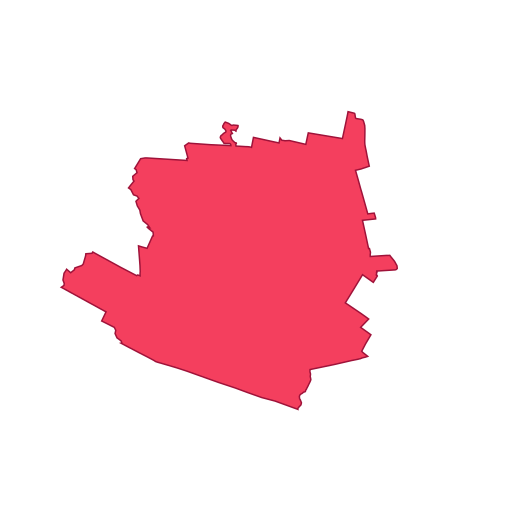 Recea, Arges, Romania (Robinson projection), rotated 50°
{"feature_id": "2599482B23278439531937", "entity_name": "Recea", "entity_type": "district", "adm_level": 2, "iso_a3": "ROU", "parent_name": "Romania", "parent_adm1": "Arges", "projection": "robinson", "projection_center": [25.033, 44.555], "detail": "fine", "context": "isolated", "style": "filled", "palette": "rose", "viewbox_px": 512, "rotation_deg": 50, "n_neighbors": 0, "source": "geoboundaries", "source_scale": "gbopen_adm2", "svg_char_len": 4416}
<svg xmlns="http://www.w3.org/2000/svg" viewBox="0 0 512 512"><g transform="rotate(50 256 256)"><path d="M399.3,320.2L399.2,319.5L399.2,319.4L399.0,317.4L398.2,316.2L397.6,315.5L397.0,315.3L394.5,314.5L393.5,314.4L393.2,314.2L392.8,314.0L391.4,313.0L391.2,312.6L390.9,312.2L390.6,311.2L390.6,310.6L390.9,308.9L390.9,308.1L390.9,307.0L391.5,305.8L391.5,305.3L391.4,305.1L390.6,303.9L390.5,303.1L390.3,302.8L390.3,302.7L390.1,302.4L389.9,302.0L389.8,301.6L389.7,301.2L389.3,300.6L389.1,299.9L388.8,299.2L388.4,298.5L388.2,298.0L388.0,297.5L387.1,295.5L386.6,294.5L386.0,293.5L384.7,292.7L383.3,292.0L382.7,291.5L382.2,290.8L381.3,290.0L379.3,289.1L377.7,287.6L389.0,266.6L390.1,264.5L397.5,250.0L400.4,244.7L401.8,241.9L402.2,240.5L403.3,238.1L403.5,237.9L404.6,235.2L404.7,234.9L398.4,236.2L396.9,236.2L393.7,228.5L390.2,218.6L377.9,221.7L376.7,210.2L373.0,211.1L367.6,212.5L349.3,217.7L345.8,207.1L340.0,189.9L338.8,186.4L351.6,183.1L351.5,182.7L351.6,183.1L349.3,175.9L348.6,175.7L348.3,175.8L348.1,176.1L347.7,175.9L347.1,175.0L345.9,174.1L345.8,173.9L346.0,173.9L346.1,173.6L345.2,173.1L356.1,158.3L356.5,157.2L356.4,155.9L355.9,155.5L354.9,154.8L353.9,154.2L352.6,154.0L351.2,153.7L350.2,153.5L349.1,153.3L344.8,153.2L343.2,153.2L341.5,153.1L340.5,154.4L339.4,155.7L329.8,168.8L328.4,167.7L327.8,167.0L327.2,166.4L326.7,165.9L323.2,164.3L322.7,165.0L309.9,158.2L297.1,151.5L304.5,140.5L303.4,139.7L302.7,139.4L302.0,139.1L299.1,137.9L297.3,140.6L295.6,143.3L283.9,138.0L275.0,134.0L272.2,132.8L263.9,129.0L254.3,124.7L256.9,119.5L257.6,117.6L258.4,115.7L260.0,111.5L253.0,107.8L250.4,106.4L248.3,105.2L245.8,103.8L245.2,103.5L244.6,103.2L241.0,101.2L239.7,100.3L238.8,99.6L237.8,98.8L236.1,97.3L234.5,95.9L234.4,95.8L232.9,94.5L230.8,92.7L229.5,91.6L228.2,90.5L227.2,89.8L226.2,89.0L224.6,88.2L223.9,87.9L222.1,87.1L221.1,86.8L220.7,86.8L220.3,86.7L218.8,87.7L215.1,90.9L214.1,91.0L212.8,90.2L210.8,89.0L210.2,88.8L209.7,89.0L204.6,92.7L206.5,95.0L212.1,102.1L221.6,114.3L195.3,136.8L196.5,138.4L202.5,146.1L188.9,156.3L186.3,159.8L185.7,160.2L184.0,161.8L181.0,161.7L184.2,165.7L179.7,169.2L163.5,181.7L169.9,189.6L169.7,189.7L169.6,189.8L168.5,190.6L167.1,191.9L165.4,193.8L161.4,198.0L159.0,200.6L158.9,200.5L157.7,200.0L157.4,199.5L157.3,199.1L157.1,198.6L156.8,198.5L156.6,198.6L156.4,198.6L156.2,198.8L156.0,199.0L155.3,199.4L154.6,199.4L152.3,199.7L151.1,199.6L148.1,198.5L147.1,197.8L146.7,197.3L146.6,196.7L146.7,196.4L146.7,196.0L147.0,195.5L147.0,195.3L146.1,195.2L145.7,195.2L144.7,194.8L144.4,194.7L144.0,194.6L143.5,194.6L143.5,194.0L145.8,191.6L146.4,191.3L147.2,191.2L147.5,191.1L147.4,190.9L146.8,190.5L146.5,190.0L146.1,188.1L145.8,187.3L144.8,186.0L144.5,185.9L143.7,186.6L143.1,187.2L142.4,187.9L141.0,189.3L140.6,190.4L140.2,190.8L138.6,191.2L136.8,191.7L133.6,193.5L133.9,195.1L134.0,195.6L134.2,195.9L134.4,196.2L134.5,196.4L134.7,197.1L134.9,197.7L135.7,198.5L136.6,198.8L136.9,198.7L137.3,198.6L139.1,198.3L140.2,198.5L140.5,198.5L141.2,198.9L141.6,199.5L141.5,200.2L141.2,202.3L141.4,203.5L141.3,205.6L141.5,205.9L141.8,206.6L142.3,207.2L143.4,207.6L144.6,207.6L145.1,207.7L145.6,207.8L146.3,207.8L146.6,207.8L148.6,208.0L149.2,208.1L153.0,203.8L153.2,203.7L153.5,203.6L154.4,203.7L155.3,204.3L141.6,219.2L127.4,233.9L126.1,234.9L125.7,239.8L137.3,245.2L136.8,246.5L138.5,247.4L110.9,276.4L109.6,277.9L107.3,281.8L111.0,292.8L112.7,292.3L115.7,293.6L115.7,299.2L118.5,301.2L120.2,301.3L121.1,306.1L121.9,309.9L124.7,309.2L130.4,310.5L133.6,308.6L136.6,308.7L136.9,312.8L141.3,314.7L146.2,315.5L149.3,317.3L156.6,319.9L162.4,318.8L165.9,319.2L163.4,320.9L166.0,320.6L171.6,319.5L174.6,321.7L174.2,322.4L180.1,334.5L175.8,337.5L172.7,339.5L188.6,350.9L193.5,354.7L194.8,356.0L196.7,357.5L194.5,358.8L194.3,360.1L177.8,366.9L148.0,378.5L148.5,379.9L144.9,384.9L146.4,386.5L151.1,393.5L151.3,395.4L151.3,395.6L148.7,402.4L149.8,404.0L149.7,408.7L144.4,409.6L144.8,410.5L145.8,414.1L150.3,419.3L153.7,420.5L155.1,422.0L154.8,425.3L197.0,408.9L202.4,406.8L206.6,416.0L219.6,410.4L222.8,411.2L224.8,413.8L229.4,415.1L234.3,413.9L236.5,414.7L236.1,415.4L244.3,412.1L245.7,411.5L255.2,407.6L263.7,404.0L270.4,401.3L272.2,400.8L273.6,400.0L276.0,398.4L276.4,398.1L283.3,393.5L291.0,388.4L299.7,383.0L328.9,365.9L343.8,356.7L355.2,350.2L368.1,342.6L379.3,334.7L394.0,326.2L400.4,322.5L399.7,322.1L399.6,321.6L399.5,320.9L399.3,320.2Z" fill="#f43f5e" stroke="#9f1239" stroke-width="1.5"/></g></svg>